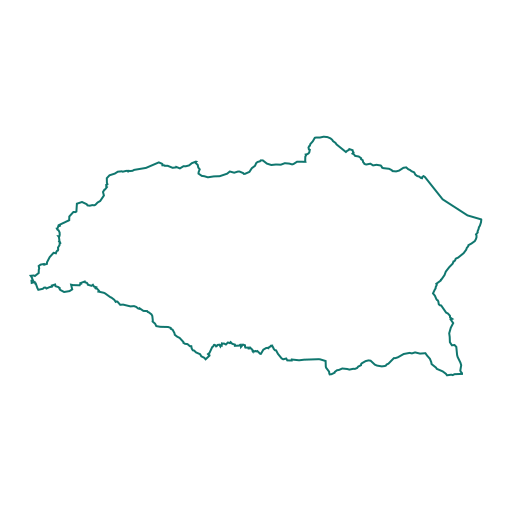 outline of Tiha Bargaului, Bistrita-Nasaud, Romania
{"feature_id": "2599482B23596270309682", "entity_name": "Tiha Bargaului", "entity_type": "district", "adm_level": 2, "iso_a3": "ROU", "parent_name": "Romania", "parent_adm1": "Bistrita-Nasaud", "projection": "natural_earth1", "projection_center": [24.915, 47.238], "detail": "fine", "context": "isolated", "style": "outline", "palette": "teal", "viewbox_px": 512, "rotation_deg": 0, "n_neighbors": 0, "source": "geoboundaries", "source_scale": "gbopen_adm2", "svg_char_len": 6013}
<svg xmlns="http://www.w3.org/2000/svg" viewBox="0 0 512 512"><path d="M38.3,289.8L42.8,288.8L44.2,287.6L45.6,287.6L46.4,288.5L49.6,287.1L52.0,286.7L52.3,286.3L51.9,285.5L55.1,284.5L55.5,286.2L58.4,287.1L59.7,288.1L59.4,288.6L60.2,289.9L64.1,292.0L69.5,291.1L72.2,289.4L71.1,284.7L73.1,285.1L79.6,285.3L80.2,284.0L80.9,283.8L80.5,283.1L84.8,281.5L85.2,282.4L86.8,282.8L87.6,283.8L87.8,284.7L91.5,285.8L92.9,284.8L93.9,286.5L96.1,287.2L95.4,288.1L95.6,288.4L96.9,288.5L99.0,290.8L98.5,291.6L103.9,292.8L105.1,293.4L110.5,297.3L111.3,297.5L114.3,299.8L115.7,301.9L116.8,301.4L117.5,301.7L120.2,304.8L123.1,304.6L130.5,306.4L134.0,306.1L136.2,306.9L138.0,308.4L139.3,308.8L139.6,308.3L143.4,310.9L147.2,311.1L147.8,312.0L148.6,312.2L151.5,314.4L152.3,316.0L152.8,320.3L152.6,321.5L155.1,323.7L156.3,326.1L160.2,326.8L168.1,327.0L170.7,327.9L170.8,328.8L172.6,329.7L174.4,333.0L174.8,334.8L177.2,336.7L179.6,337.9L183.4,342.0L183.4,342.8L185.0,343.8L187.5,344.1L189.9,346.2L191.3,346.2L191.7,348.5L192.8,350.3L194.2,350.6L196.0,352.4L200.1,354.2L201.3,356.3L204.3,357.8L205.6,359.3L209.5,355.6L209.4,355.2L209.0,355.2L208.0,354.1L209.5,352.9L212.2,347.1L213.3,346.3L213.9,345.0L214.2,344.8L215.5,345.3L216.1,346.4L216.6,346.2L217.7,344.9L219.4,344.7L220.4,346.5L221.1,345.1L221.7,345.5L222.0,343.4L222.9,343.7L223.9,343.5L225.9,344.5L227.9,342.5L229.8,343.1L230.6,342.1L231.1,342.6L230.9,342.9L232.5,343.9L234.9,344.6L234.9,345.8L239.3,345.6L240.1,344.8L240.8,344.7L241.0,346.9L243.0,344.6L245.0,345.3L245.0,346.7L245.4,347.6L248.2,347.6L248.5,348.5L249.7,348.4L250.1,347.6L252.3,349.7L252.6,351.2L253.0,351.7L253.3,350.8L254.6,351.5L255.5,351.0L256.3,351.4L257.3,351.0L260.3,353.9L260.9,353.9L263.3,349.7L266.2,348.0L267.5,347.9L268.4,348.2L268.6,347.5L270.1,346.7L270.9,345.7L272.2,345.6L272.3,346.6L273.1,347.2L273.6,348.7L274.9,350.2L276.1,350.4L277.9,353.8L281.6,358.4L283.2,359.3L286.2,358.5L287.3,360.4L291.7,360.5L291.8,359.5L299.1,360.3L304.0,359.7L318.4,359.2L320.0,359.3L325.6,361.0L325.8,366.6L326.1,367.7L329.1,371.7L329.3,373.5L329.7,374.4L331.5,374.2L334.6,372.7L334.8,371.9L337.1,370.2L338.8,370.0L342.3,368.5L347.2,369.0L349.4,369.6L353.2,368.8L354.9,368.9L357.1,368.0L358.2,366.6L361.0,365.2L361.2,363.9L361.8,363.3L365.6,361.1L368.5,360.4L370.6,360.7L374.9,364.7L377.1,365.6L381.8,366.4L384.9,366.0L386.0,365.5L386.6,364.5L388.4,363.7L393.9,358.1L395.5,358.1L397.9,357.3L403.7,354.0L409.6,352.9L411.9,353.4L415.1,352.4L420.0,353.6L425.4,353.2L427.0,355.5L429.9,358.8L431.3,362.3L431.5,363.9L432.1,364.5L436.1,367.7L436.7,368.8L442.7,371.4L445.9,373.8L447.0,375.3L451.2,374.7L452.7,375.1L454.5,374.2L462.0,373.9L462.0,373.2L460.7,371.6L460.3,370.5L461.2,365.2L460.4,362.6L457.6,356.9L457.1,355.0L456.3,346.9L454.5,345.0L451.9,345.3L449.9,342.2L449.7,336.9L449.2,333.3L450.8,327.7L453.2,323.1L450.7,319.5L452.2,318.9L450.1,317.5L449.9,315.7L447.9,313.5L446.1,312.6L441.2,305.5L440.0,305.3L438.8,304.3L438.3,301.4L437.7,300.3L437.0,300.0L436.3,299.0L434.9,295.7L433.0,293.4L434.7,289.8L435.6,288.4L435.7,287.1L436.8,284.8L436.3,283.8L440.8,280.5L440.9,279.7L441.5,279.4L444.5,275.1L445.8,271.6L449.2,267.2L452.7,263.6L453.5,261.4L454.2,261.3L455.1,260.4L455.5,259.1L456.2,258.4L458.0,257.7L463.6,253.2L466.2,249.7L466.8,247.9L468.2,246.3L468.4,245.2L471.5,243.5L474.8,241.1L475.9,239.1L476.5,237.3L476.5,235.5L476.0,234.4L477.7,232.5L477.6,231.3L478.6,228.9L478.9,227.3L479.9,225.7L481.0,222.3L481.3,219.7L481.2,219.4L467.5,215.4L442.6,199.3L424.9,177.0L423.5,176.1L422.2,177.1L422.0,178.2L421.0,178.0L419.1,176.5L417.3,176.1L415.3,174.6L414.2,172.4L411.5,171.2L410.0,170.0L408.2,169.2L406.2,167.4L403.4,167.8L399.1,170.6L396.1,171.4L392.5,171.1L391.8,170.2L389.1,168.8L383.1,168.1L381.9,167.5L381.7,166.6L380.7,165.5L376.5,164.8L373.1,165.4L370.4,163.7L366.3,164.5L365.4,164.3L364.4,163.9L364.1,163.2L363.2,162.3L362.7,160.2L361.1,159.2L361.1,158.2L358.7,156.5L355.1,155.9L353.9,154.3L352.5,153.6L353.5,152.4L352.9,151.6L352.6,150.2L349.3,149.1L348.9,149.9L347.2,150.8L345.9,152.0L336.5,144.4L335.5,142.9L333.0,141.1L332.2,139.8L330.5,138.4L327.5,137.1L323.7,136.7L320.1,137.5L316.2,137.5L314.8,137.8L312.8,141.3L310.3,144.1L309.9,145.7L309.2,146.1L308.5,147.5L308.9,149.4L309.8,149.8L309.3,152.3L308.7,153.2L307.5,154.1L305.7,154.5L306.0,155.4L305.3,156.7L305.2,160.9L305.4,161.8L297.1,161.7L293.5,164.0L292.1,164.4L289.3,163.6L284.8,163.2L280.8,164.7L276.0,164.5L271.3,165.0L266.9,163.6L262.8,160.4L260.7,160.4L260.0,161.3L257.5,162.0L256.2,163.1L255.0,165.8L251.8,168.2L249.4,171.9L244.8,173.9L243.8,173.9L243.2,173.1L239.4,171.5L238.1,171.5L234.2,172.7L229.8,171.5L227.1,173.7L219.7,176.2L213.8,176.4L207.9,177.3L204.2,176.2L201.8,175.9L198.5,173.6L198.6,172.2L199.7,169.3L198.3,167.6L197.7,164.9L195.5,162.8L195.5,162.3L196.2,161.7L195.9,161.6L191.8,163.2L189.1,165.4L185.7,166.3L183.5,166.2L179.9,168.4L176.2,166.9L176.0,167.4L172.6,167.8L167.7,165.8L164.8,165.8L164.5,165.4L162.4,165.3L162.4,164.1L161.9,163.7L158.8,162.4L146.0,167.9L134.1,169.9L132.5,170.8L129.7,171.1L128.9,170.8L128.1,171.5L127.6,170.9L126.2,170.9L122.7,171.7L121.8,171.3L117.8,171.7L114.8,173.6L109.5,175.3L106.8,178.2L106.9,182.7L107.4,184.2L106.4,184.7L106.6,185.1L106.2,185.8L106.3,186.7L106.9,187.1L105.0,189.5L104.4,189.7L103.0,192.0L103.9,195.5L100.2,201.0L97.6,202.5L95.4,204.8L94.2,205.3L92.3,205.1L89.8,205.7L87.5,205.4L86.7,204.2L82.0,202.0L76.9,203.7L76.4,211.5L75.5,212.1L73.4,212.0L69.3,216.5L69.2,220.2L59.5,224.8L59.9,225.8L59.5,226.0L58.5,225.6L57.5,228.5L56.9,228.6L57.4,229.6L58.6,230.4L59.6,232.5L59.7,234.8L59.5,235.9L59.3,236.4L58.4,236.3L58.9,237.0L59.4,240.4L59.0,241.5L60.0,242.1L60.3,243.1L59.7,243.4L59.5,245.2L58.0,247.6L58.2,249.6L57.9,250.5L57.2,250.7L56.4,251.7L55.9,253.3L53.6,252.8L49.7,257.1L47.0,262.3L46.9,263.9L44.2,264.7L44.0,264.0L40.6,264.6L38.7,266.0L39.2,268.4L38.8,269.7L38.7,273.0L34.9,276.0L33.8,275.5L30.7,275.8L32.2,278.1L32.1,278.6L33.0,280.4L31.5,280.7L31.7,282.9L34.7,282.1L35.4,283.7L35.8,283.6L37.4,288.1L38.3,289.8Z" fill="none" stroke="#0f766e" stroke-width="2"/></svg>